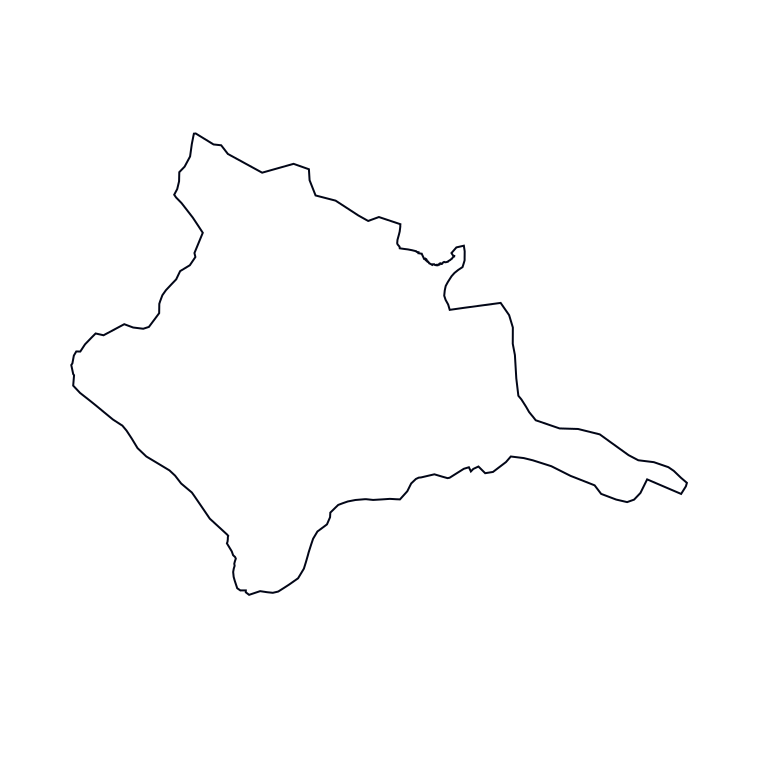 outline of Akko, Gombe, Nigeria, rotated 7°
{"feature_id": "59680162B95139171035149", "entity_name": "Akko", "entity_type": "district", "adm_level": 2, "iso_a3": "NGA", "parent_name": "Nigeria", "parent_adm1": "Gombe", "projection": "albers", "projection_center": [11.094, 10.102], "detail": "fine", "context": "isolated", "style": "outline", "palette": "ink", "viewbox_px": 768, "rotation_deg": 7, "n_neighbors": 0, "source": "geoboundaries", "source_scale": "gbopen_adm2", "svg_char_len": 4251}
<svg xmlns="http://www.w3.org/2000/svg" viewBox="0 0 768 768"><g transform="rotate(7 384 384)"><path d="M272.2,607.6L275.8,609.7L286.3,604.7L293.4,604.9L299.1,604.8L304.3,602.9L309.9,598.3L314.2,594.7L322.4,587.3L327.0,577.0L328.2,570.3L329.4,562.8L329.7,560.5L331.3,552.0L332.5,546.2L335.9,538.5L344.5,530.3L346.7,522.8L346.4,518.2L350.3,513.3L350.7,512.8L353.3,509.6L357.7,507.3L362.4,505.0L369.8,502.6L379.4,500.6L380.7,500.5L387.3,500.4L396.0,498.8L403.8,497.3L410.0,496.9L413.9,496.6L420.2,487.6L423.1,479.4L427.2,474.4L429.9,472.7L432.2,472.2L445.0,467.5L453.3,468.9L456.0,469.3L458.5,469.7L460.4,469.1L460.6,469.0L473.6,458.4L478.4,456.3L480.9,460.2L483.0,457.4L487.8,454.4L495.3,460.2L502.9,458.0L514.6,446.6L518.7,440.5L531.8,440.5L541.0,441.6L560.1,445.2L580.5,452.5L584.5,453.5L605.4,458.9L612.9,466.6L628.5,470.4L639.7,471.6L646.3,468.3L651.8,460.9L656.8,446.6L692.3,456.9L696.1,448.8L696.7,445.2L690.2,440.9L682.2,434.9L676.4,431.9L661.4,428.7L645.7,428.7L635.4,424.8L615.7,414.0L604.3,407.7L582.1,405.0L563.7,406.7L539.0,401.5L535.7,398.2L534.5,397.1L531.4,394.1L527.8,389.3L522.7,383.1L522.4,382.7L518.8,379.3L514.6,362.2L510.4,339.3L506.9,328.4L505.0,312.2L499.8,300.4L489.9,289.3L453.9,298.7L440.2,302.4L438.0,297.3L434.9,293.0L433.0,289.0L432.9,283.7L433.3,279.2L434.9,275.1L437.9,268.8L440.4,265.2L443.9,261.6L447.7,258.4L448.3,255.2L448.9,251.7L448.9,251.1L448.6,248.7L448.4,246.8L448.0,243.3L447.9,242.4L446.4,237.0L439.2,239.6L435.0,245.8L437.0,248.2L437.1,248.3L438.1,248.3L438.1,248.8L437.4,248.8L437.3,249.2L437.2,249.5L437.0,249.8L436.6,250.4L436.3,251.1L436.1,251.4L435.9,251.5L435.5,251.9L434.8,252.6L434.6,252.9L434.0,253.3L433.4,253.8L432.9,254.1L432.6,254.8L431.1,255.4L430.1,255.7L429.4,255.7L428.9,255.5L428.1,255.9L427.2,257.1L427.1,257.5L426.7,257.8L426.2,257.9L425.8,257.4L425.1,257.3L424.6,257.7L424.3,257.9L424.2,258.2L424.4,258.6L424.4,258.8L424.1,258.9L423.5,258.9L423.2,258.9L423.0,259.1L422.9,259.2L422.9,259.6L422.6,259.7L422.3,259.7L422.1,259.5L421.9,259.3L421.7,259.3L421.6,259.6L421.3,259.8L420.8,259.7L420.6,259.6L420.4,259.6L420.1,259.6L419.9,259.6L419.5,259.2L419.2,259.0L418.9,259.0L418.3,259.4L417.9,259.3L417.7,259.3L417.5,259.8L417.3,259.7L417.0,259.5L416.7,259.7L416.3,259.4L415.8,259.3L415.4,259.0L415.2,259.0L414.7,258.9L414.3,258.8L414.1,258.6L414.0,258.3L413.7,258.1L413.5,257.8L413.0,257.6L412.7,257.5L412.8,257.2L412.6,257.0L412.2,257.2L411.5,256.7L411.6,256.4L411.4,255.9L411.2,255.6L410.9,256.0L410.5,255.8L410.2,255.9L410.1,255.7L410.2,254.8L409.9,254.7L409.6,254.5L409.3,254.8L409.0,254.9L408.6,255.0L408.4,254.8L407.8,253.7L406.9,252.3L406.5,251.6L405.7,250.5L405.6,250.1L402.6,250.0L402.2,250.0L402.2,249.0L400.3,248.9L400.1,248.8L399.9,248.4L399.7,248.3L395.5,247.8L391.3,247.5L387.9,247.5L383.1,247.4L382.9,246.6L382.6,245.7L381.9,245.1L380.6,243.9L380.3,243.5L379.9,242.5L379.9,241.5L379.8,239.4L380.6,234.0L381.0,230.7L381.0,228.2L381.0,225.8L380.8,224.4L380.8,223.4L358.6,218.9L348.4,224.1L344.0,222.3L337.9,219.8L313.6,207.9L293.1,205.2L285.3,190.8L283.3,180.0L267.4,176.5L237.3,189.1L201.0,174.7L193.3,166.9L185.6,167.0L166.6,158.3L164.8,158.7L164.6,161.1L164.0,169.4L164.0,169.7L163.8,181.8L159.6,192.6L155.0,198.7L155.9,207.8L155.0,215.7L152.7,221.7L154.9,224.2L161.0,229.1L173.9,242.1L180.4,249.7L185.7,256.0L179.9,277.1L181.2,280.6L181.3,281.0L176.8,289.8L167.9,296.8L165.1,305.1L165.1,305.3L161.0,310.8L156.1,317.5L153.2,322.9L151.7,329.2L151.2,331.8L152.2,341.1L143.7,356.0L138.3,358.5L128.1,358.5L118.9,356.3L99.7,369.8L91.6,369.0L87.8,373.9L82.6,380.8L82.2,381.5L81.5,382.9L78.6,388.8L74.6,389.2L72.7,393.6L72.2,401.5L71.3,403.3L74.3,412.0L75.3,413.1L75.7,423.5L81.0,427.9L83.4,429.9L92.7,435.5L101.1,440.7L110.0,446.4L110.5,446.7L119.3,452.3L128.3,456.7L129.3,457.1L134.1,461.6L140.2,468.8L147.2,477.7L156.9,484.9L169.3,490.4L181.6,495.9L186.0,499.1L187.8,500.4L194.8,507.5L196.5,508.6L201.1,511.6L206.5,515.1L209.4,518.3L217.6,527.6L227.5,538.9L246.7,552.6L247.9,553.7L247.7,554.7L247.7,555.2L247.9,557.1L247.9,559.6L247.5,561.3L253.3,568.7L255.1,572.3L257.3,573.9L258.2,575.4L257.6,578.2L257.3,580.6L257.9,582.7L257.4,585.4L257.2,589.0L258.3,593.8L259.8,597.4L263.2,604.6L266.6,606.4L272.0,605.7L272.2,607.6Z" fill="none" stroke="#020617" stroke-width="2"/></g></svg>